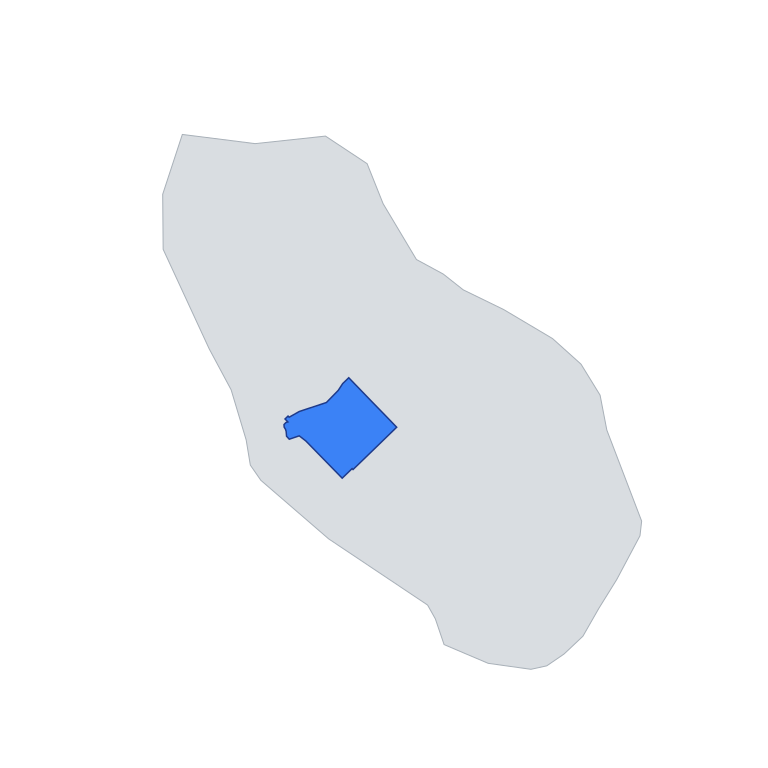 location of 85, Ar Rayyān, Qatar, rotated 316°
{"feature_id": "91078587B12839905472934", "entity_name": "85", "entity_type": "district", "adm_level": 2, "iso_a3": "QAT", "parent_name": "Qatar", "parent_adm1": "Ar Rayyān", "projection": "albers", "projection_center": [50.97, 25.364], "detail": "fine", "context": "in_parent", "style": "filled", "palette": "blue", "viewbox_px": 768, "rotation_deg": 316, "n_neighbors": 0, "source": "geoboundaries", "source_scale": "gbopen_adm2", "svg_char_len": 975}
<svg xmlns="http://www.w3.org/2000/svg" viewBox="0 0 768 768"><g transform="rotate(316 384 384)"><path d="M415.7,686.3L382.8,694.6L351.9,703.6L326.0,703.3L305.3,699.8L291.5,691.3L264.9,657.3L246.2,613.2L257.8,588.6L261.8,573.3L236.6,457.0L228.5,367.8L231.5,349.5L246.0,328.5L270.0,282.0L282.7,237.2L318.7,133.7L356.6,93.8L412.3,64.4L458.2,121.5L514.1,165.0L524.9,213.8L508.6,253.7L493.8,317.0L503.0,346.1L506.4,371.3L521.8,413.6L536.8,468.4L539.5,506.6L531.7,542.1L512.3,571.9L474.1,661.6L462.7,671.0L415.7,686.3Z" fill="#d9dde1" stroke="#a8b0b8" stroke-width="1"/><path d="M288.5,422.7L302.3,422.7L302.3,424.0L324.6,424.0L363.1,423.9L363.1,406.7L363.0,386.3L363.0,355.0L354.6,355.0L346.7,356.8L329.7,357.3L312.7,349.1L303.9,344.9L292.7,342.0L292.7,340.4L288.5,340.4L288.5,344.5L286.7,343.6L283.9,343.7L282.2,345.7L281.7,348.1L280.7,350.1L278.5,352.8L277.6,353.9L277.5,357.9L287.0,362.4L288.2,370.6L288.5,422.7Z" fill="#3b82f6" stroke="#1e3a8a" stroke-width="1.5"/></g></svg>